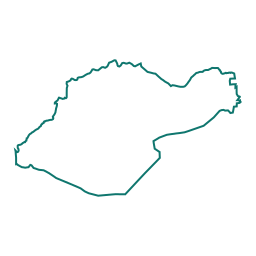 the district of Huiloapan de Cuauhtémoc, Veracruz, Mexico
{"feature_id": "50627088B60002798867567", "entity_name": "Huiloapan de Cuauhtémoc", "entity_type": "district", "adm_level": 2, "iso_a3": "MEX", "parent_name": "Mexico", "parent_adm1": "Veracruz", "projection": "mercator", "projection_center": [-97.133, 18.816], "detail": "fine", "context": "isolated", "style": "outline", "palette": "teal", "viewbox_px": 256, "rotation_deg": 0, "n_neighbors": 0, "source": "geoboundaries", "source_scale": "gbopen_adm2", "svg_char_len": 5082}
<svg xmlns="http://www.w3.org/2000/svg" viewBox="0 0 256 256"><path d="M125.2,194.3L130.7,188.4L140.7,177.7L142.1,176.2L145.0,173.1L149.9,168.1L159.8,157.9L159.6,153.0L159.6,152.0L154.7,148.7L153.7,142.9L153.5,141.1L157.4,138.8L159.3,137.6L166.8,134.8L170.0,134.3L172.2,134.0L173.9,133.8L175.8,133.5L176.6,133.4L179.3,133.1L182.0,132.7L184.6,132.3L188.6,131.0L193.2,129.4L196.1,128.4L200.4,126.9L203.6,125.8L213.8,117.4L219.6,110.9L221.6,110.1L223.6,109.9L225.1,110.6L228.0,110.4L229.4,111.8L230.4,113.0L232.8,112.6L233.1,111.2L233.4,109.7L233.9,106.7L236.7,106.4L236.8,103.3L239.6,102.9L240.0,102.4L240.6,102.0L240.6,101.8L240.5,101.6L240.3,101.4L240.0,101.2L240.0,100.6L239.4,100.9L238.8,100.2L238.2,100.1L237.8,100.1L237.4,100.1L239.1,97.8L239.8,96.9L239.8,96.7L239.4,96.5L238.0,96.1L237.7,95.8L237.3,95.0L236.7,94.0L236.6,91.1L236.6,90.3L236.6,86.8L235.4,87.6L235.4,87.2L235.5,84.9L235.7,84.2L235.4,84.2L232.8,84.3L232.2,84.4L230.1,84.6L229.8,81.3L229.8,80.9L229.8,80.5L230.3,78.7L232.4,78.6L235.0,78.5L234.6,76.1L234.2,73.5L231.7,72.5L230.4,72.9L230.0,72.5L229.4,72.7L228.9,72.7L228.6,72.7L228.4,72.8L228.2,72.9L228.1,73.0L227.8,73.0L227.2,73.0L226.8,73.1L226.5,73.2L226.2,73.1L226.0,72.9L225.7,72.9L225.4,72.9L225.3,73.0L225.1,73.1L224.8,73.3L224.4,73.4L224.0,73.5L223.5,73.6L223.4,73.7L223.2,73.7L222.8,73.8L222.5,73.8L222.1,73.6L221.7,73.4L221.4,73.1L221.1,72.8L221.0,72.6L220.9,72.3L221.0,72.0L221.0,71.9L220.8,71.5L220.6,71.3L220.3,71.0L220.1,70.7L220.0,70.4L219.9,70.4L219.9,70.2L219.5,69.7L219.2,69.6L218.7,69.0L218.4,68.4L218.1,68.1L217.6,68.0L216.9,68.0L215.8,68.0L215.2,68.1L214.1,68.0L212.1,67.9L211.6,68.2L210.8,68.7L209.7,69.2L208.7,69.7L208.1,70.0L207.5,70.0L206.4,70.0L205.4,70.1L204.3,70.5L203.9,70.7L203.5,71.0L203.3,71.1L202.9,71.7L202.5,71.9L201.7,71.9L200.0,71.9L199.5,72.0L198.7,72.3L197.8,72.7L197.3,72.8L197.2,72.8L196.6,72.9L196.3,73.1L196.0,73.2L195.7,73.5L195.0,74.3L194.3,74.8L193.6,75.5L193.2,75.9L193.1,76.0L192.2,76.7L191.2,77.6L190.0,79.9L188.0,82.6L187.6,83.3L186.5,84.6L185.7,85.5L184.7,86.4L183.2,86.8L180.4,86.8L178.3,86.4L174.6,85.5L172.5,85.2L171.6,85.7L170.9,86.1L168.3,83.4L166.6,82.5L165.0,81.6L163.1,80.1L161.3,79.0L160.2,78.0L158.7,76.7L157.1,75.2L155.5,73.7L153.4,73.4L151.3,72.8L147.5,71.9L145.0,69.7L141.3,66.5L140.7,63.5L140.1,63.8L138.7,64.4L135.1,66.3L133.8,66.0L131.8,64.1L129.3,62.7L127.2,63.5L126.1,63.6L123.7,62.8L122.2,63.1L120.7,65.5L119.4,66.5L118.0,66.1L117.5,65.2L117.2,63.6L115.6,60.4L114.3,60.3L111.6,61.8L109.1,62.7L107.7,65.8L107.2,66.4L106.6,67.0L105.1,67.8L103.2,67.1L101.8,67.3L98.2,70.3L96.0,70.2L93.6,69.3L92.4,69.5L91.5,71.0L90.6,72.4L89.4,73.4L88.0,73.7L87.3,74.0L85.8,74.8L85.3,75.1L83.2,76.5L82.1,76.9L81.0,77.2L79.6,77.3L78.4,77.5L77.7,77.9L77.3,79.5L76.7,80.0L75.7,80.1L74.7,80.0L72.7,78.8L71.7,78.6L71.0,79.2L70.5,80.4L68.7,81.4L66.8,82.0L66.6,83.8L67.1,85.0L67.5,85.7L67.2,86.7L66.8,88.0L66.7,92.8L66.7,96.3L66.6,97.5L66.3,97.9L66.1,98.1L65.9,98.1L65.7,98.1L65.0,97.9L65.0,98.0L64.8,98.1L64.5,98.5L64.1,98.6L63.6,98.6L63.2,98.8L62.6,98.9L61.9,98.6L61.7,98.5L60.3,98.1L59.3,97.7L59.2,97.7L58.9,97.7L58.2,99.2L57.5,100.5L56.6,101.1L55.5,102.0L55.1,102.3L54.8,102.8L54.8,103.5L55.8,103.4L56.2,103.4L56.5,103.5L56.8,103.7L57.0,103.8L57.0,104.5L56.9,105.5L56.7,106.5L56.3,107.7L56.0,108.8L55.9,109.8L55.6,111.1L55.5,112.1L55.2,112.9L54.8,113.7L54.4,114.5L53.8,115.3L53.2,116.1L52.9,116.6L52.8,116.8L52.9,117.1L53.1,117.3L53.1,117.6L53.3,118.1L53.2,118.5L53.0,119.1L52.0,119.7L51.6,119.8L51.1,119.9L50.2,119.9L49.3,120.1L48.5,120.3L48.1,120.5L47.6,120.6L47.2,120.6L46.7,120.7L46.3,120.7L45.9,120.9L45.5,121.2L45.1,121.2L44.5,121.3L44.4,121.8L43.9,121.9L43.7,122.2L43.6,122.6L43.6,123.0L42.9,123.3L42.4,123.5L42.3,123.9L42.0,124.2L41.6,124.3L41.4,124.7L41.1,125.0L41.0,125.5L40.9,126.0L40.6,126.3L40.0,126.6L39.7,126.8L39.1,127.5L38.6,128.2L37.8,128.9L36.6,129.4L35.3,130.2L33.2,131.9L32.5,132.2L32.2,132.3L31.2,133.3L29.8,134.1L29.4,134.6L28.8,135.3L28.2,136.5L27.4,138.0L26.8,138.3L26.9,138.6L26.8,138.9L26.5,139.2L26.4,139.7L26.4,140.3L26.4,140.6L26.1,140.8L25.7,141.0L25.4,141.5L25.1,142.1L24.4,142.0L24.1,142.3L23.7,142.6L22.8,143.0L22.0,143.7L21.7,144.1L21.3,144.3L20.9,144.5L20.5,144.7L20.0,144.8L19.6,144.9L19.2,144.9L18.7,145.0L18.3,145.2L17.9,145.4L17.7,145.8L17.7,146.2L17.7,146.7L17.7,147.1L17.7,147.6L17.8,148.0L18.0,148.4L18.3,148.7L18.4,149.2L18.5,149.6L18.6,150.0L18.6,150.5L18.5,150.9L18.3,151.3L18.1,151.7L17.7,152.0L17.3,152.1L16.9,152.1L16.5,151.8L16.2,151.5L15.9,151.1L15.7,150.7L15.4,150.4L15.7,151.8L15.7,153.2L15.8,153.6L15.8,154.2L16.1,157.7L16.1,164.2L16.1,164.3L17.1,164.2L17.5,164.6L18.0,165.1L18.5,165.3L19.7,166.0L20.4,166.4L22.0,167.2L23.1,167.3L25.2,167.7L27.5,167.3L28.4,167.2L28.5,167.2L30.3,164.9L31.5,165.3L31.9,165.8L33.6,168.0L34.6,168.3L35.6,168.6L37.5,169.3L39.0,169.8L42.9,170.2L43.7,170.3L45.4,171.2L45.5,171.2L48.7,173.0L48.8,173.0L50.1,173.9L50.6,174.2L54.3,176.7L56.1,178.0L58.7,179.1L68.6,183.2L77.8,187.1L80.7,188.4L84.8,191.4L86.9,192.4L88.9,193.3L98.2,195.7L114.1,194.3L115.5,194.2L125.0,194.3L125.2,194.3Z" fill="none" stroke="#0f766e" stroke-width="2"/></svg>